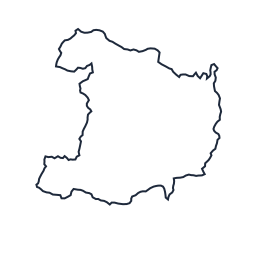 outline of Sorocaba, São Paulo, Brazil, rotated 108°
{"feature_id": "56859067B96974971144138", "entity_name": "Sorocaba", "entity_type": "district", "adm_level": 2, "iso_a3": "BRA", "parent_name": "Brazil", "parent_adm1": "São Paulo", "projection": "robinson", "projection_center": [-47.447, -23.47], "detail": "fine", "context": "isolated", "style": "outline", "palette": "slate", "viewbox_px": 256, "rotation_deg": 108, "n_neighbors": 0, "source": "geoboundaries", "source_scale": "gbopen_adm2", "svg_char_len": 3240}
<svg xmlns="http://www.w3.org/2000/svg" viewBox="0 0 256 256"><g transform="rotate(108 128 128)"><path d="M206.4,121.7L204.0,120.5L203.1,117.6L202.9,114.0L202.0,109.2L200.7,105.7L199.0,103.3L196.3,102.4L194.2,103.1L191.9,102.9L189.6,100.0L186.6,98.2L184.8,96.4L183.6,94.3L182.8,91.5L180.8,90.0L178.3,88.2L175.8,85.5L174.5,83.4L173.5,81.5L172.6,78.9L172.9,76.6L174.5,74.8L177.2,73.1L179.8,71.8L182.5,70.6L183.6,67.9L181.0,68.2L178.3,67.9L175.6,66.0L172.9,65.6L171.2,66.7L168.9,67.1L166.9,67.1L164.2,67.7L161.8,68.9L160.4,66.4L159.1,63.0L157.6,60.3L155.3,58.3L153.5,55.7L153.3,53.3L152.7,51.1L152.5,48.4L151.5,46.4L150.2,43.0L148.2,40.8L146.3,42.8L143.9,45.0L140.6,42.9L137.7,43.7L135.4,42.4L133.5,41.4L131.0,40.7L128.2,40.2L126.5,41.6L123.2,40.2L120.8,38.5L117.8,38.8L115.0,38.7L111.6,39.2L109.2,37.9L107.2,38.8L105.8,40.2L105.2,43.2L104.0,45.3L102.5,46.4L100.1,46.4L96.9,45.8L94.3,44.9L91.8,43.2L89.1,44.2L86.3,44.5L83.7,44.5L81.5,45.7L77.9,48.6L74.8,49.2L71.4,49.7L68.6,52.0L67.1,54.2L66.0,56.7L63.7,58.0L61.7,59.1L59.0,60.2L56.1,59.5L52.9,60.1L50.2,62.2L47.8,63.1L45.7,61.6L43.4,61.3L42.0,63.7L40.6,65.9L42.4,68.1L45.2,67.9L47.7,67.6L49.5,66.7L51.5,66.0L53.5,66.3L56.5,68.2L54.3,68.6L52.4,70.2L52.6,73.3L55.7,74.1L58.4,74.8L57.0,77.8L54.4,80.5L56.2,81.3L58.7,82.2L59.7,85.8L59.3,89.7L60.2,92.5L61.2,94.5L63.7,95.1L62.4,98.6L60.6,102.4L58.5,104.7L58.6,107.1L57.8,111.0L57.0,115.8L55.8,119.7L46.4,121.3L45.0,123.8L44.3,127.1L45.3,131.2L46.6,133.8L48.2,135.2L50.4,137.9L52.2,141.2L51.5,143.9L51.6,147.0L53.5,149.7L53.4,152.6L54.1,156.1L53.0,159.2L52.5,162.0L51.7,166.0L50.8,169.4L50.8,172.5L49.2,176.4L47.4,177.9L45.7,179.1L44.1,181.7L43.9,185.4L44.5,188.6L45.7,191.1L48.0,192.7L49.9,196.1L50.9,199.0L50.9,202.3L49.3,206.1L51.7,208.0L53.9,206.8L56.5,207.8L58.5,209.1L60.7,210.4L62.7,212.3L64.2,215.2L66.3,216.2L68.2,217.0L71.5,217.4L74.2,218.1L75.8,216.5L77.2,214.7L79.9,214.7L81.7,215.3L84.4,215.9L87.4,216.1L89.6,215.9L91.7,215.5L91.1,211.5L91.4,209.0L91.6,206.0L92.1,203.4L91.7,199.8L91.0,196.6L88.4,195.2L86.1,194.2L85.6,191.9L85.6,189.2L84.3,187.1L81.7,186.2L79.9,184.0L77.9,182.7L80.9,181.0L83.3,180.1L86.0,178.6L87.9,181.0L91.1,181.3L93.9,181.4L95.3,182.9L97.5,185.4L100.9,187.8L103.3,186.6L105.1,185.4L107.1,185.2L108.9,184.1L109.1,181.5L109.8,178.8L111.6,175.7L113.6,173.8L117.5,174.7L119.6,174.0L121.1,172.2L122.0,169.6L123.5,168.0L125.3,169.1L127.6,170.2L130.5,169.7L132.5,169.0L135.5,168.7L139.7,169.2L142.4,169.7L145.4,170.0L148.8,169.0L150.8,170.3L153.4,170.9L155.2,168.6L157.8,168.3L162.5,167.8L165.9,167.6L169.0,165.8L171.1,167.9L174.2,168.3L175.2,170.8L175.6,173.0L176.8,174.6L175.3,177.0L174.3,179.6L176.7,180.6L177.2,182.9L176.5,185.9L179.5,188.5L178.9,191.6L180.3,194.7L180.5,197.7L183.8,197.8L185.6,197.1L188.3,196.4L189.8,194.1L192.2,195.0L194.7,195.1L198.5,196.0L202.1,196.6L204.0,196.8L206.3,196.4L208.4,196.4L210.2,197.6L212.2,196.3L212.3,194.1L213.2,191.7L214.3,189.4L214.4,185.6L213.8,182.6L214.5,178.9L213.5,174.8L212.8,171.6L215.4,169.5L214.5,166.5L211.8,163.8L209.6,161.8L206.0,162.1L202.8,160.9L202.2,156.7L201.5,153.9L201.6,151.4L202.4,148.1L201.9,144.7L202.3,142.3L204.8,140.2L205.5,136.6L204.7,134.4L205.3,131.5L204.7,128.2L205.1,125.2L206.4,121.7Z" fill="none" stroke="#1e293b" stroke-width="2"/></g></svg>